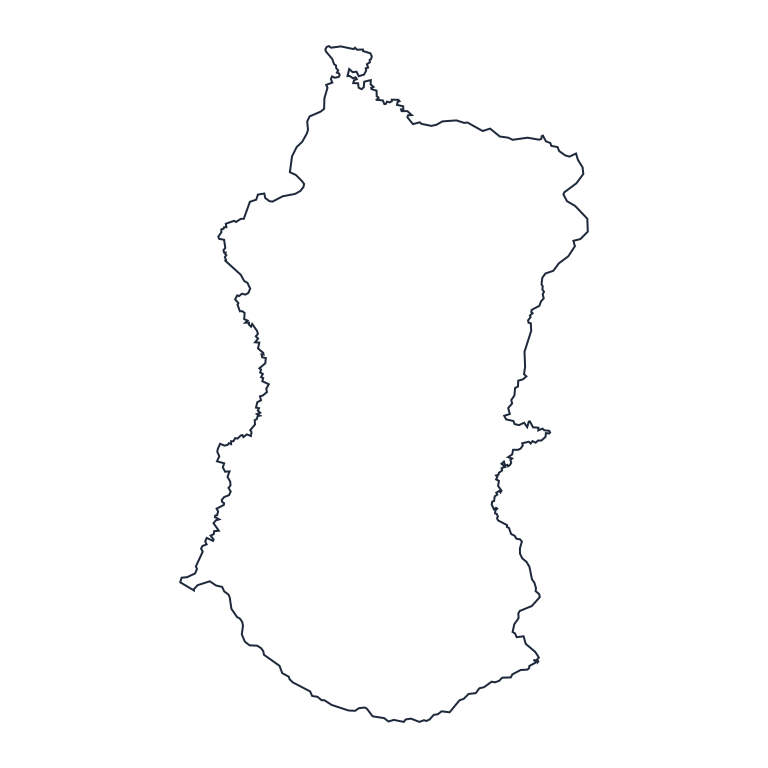 Ngada, Nusa Tenggara Timur, Indonesia
{"feature_id": "22746128B33181363193361", "entity_name": "Ngada", "entity_type": "district", "adm_level": 2, "iso_a3": "IDN", "parent_name": "Indonesia", "parent_adm1": "Nusa Tenggara Timur", "projection": "albers", "projection_center": [120.974, -8.65], "detail": "fine", "context": "isolated", "style": "outline", "palette": "slate", "viewbox_px": 768, "rotation_deg": 0, "n_neighbors": 0, "source": "geoboundaries", "source_scale": "gbopen_adm2", "svg_char_len": 6062}
<svg xmlns="http://www.w3.org/2000/svg" viewBox="0 0 768 768"><path d="M180.2,582.3L193.9,590.4L193.8,589.2L197.8,585.1L209.8,581.3L216.0,585.5L222.1,586.9L224.2,591.4L228.3,594.4L229.7,597.3L231.4,608.8L237.0,617.0L239.7,618.4L242.2,621.9L243.0,625.8L241.8,634.3L244.8,641.6L249.5,645.3L257.2,645.7L261.0,648.1L263.2,651.0L264.0,654.8L279.5,665.8L282.2,673.1L288.9,676.8L289.5,679.1L292.8,682.4L310.1,691.4L312.2,696.0L317.5,696.8L321.6,700.2L324.3,700.2L331.6,704.9L348.5,710.5L355.1,710.8L358.9,708.2L364.5,707.5L366.8,708.6L372.6,716.3L384.1,718.1L388.5,721.5L393.8,719.9L403.8,721.9L405.6,719.5L410.9,718.6L419.4,721.9L424.0,720.2L426.4,721.0L429.7,719.4L433.7,714.9L437.9,714.2L441.6,711.3L449.6,712.3L459.5,700.3L463.8,698.8L468.5,694.0L475.8,693.1L479.3,688.3L484.0,687.2L491.6,681.7L495.0,682.3L499.1,680.9L502.2,677.7L510.8,677.4L512.3,674.4L520.6,670.0L527.4,669.6L529.1,668.2L529.4,665.9L535.0,663.0L535.6,661.2L533.5,659.9L536.9,660.6L537.4,662.5L538.3,661.5L537.0,659.7L538.8,657.6L538.2,656.4L535.1,651.8L525.7,643.8L523.6,636.3L516.7,637.2L515.0,633.4L512.6,632.0L514.3,624.2L518.6,618.1L518.3,613.6L519.7,611.0L531.8,606.0L539.8,597.1L539.2,594.1L535.6,591.1L536.0,588.2L534.4,582.7L532.0,579.4L529.4,566.7L526.5,561.9L522.2,558.3L520.0,553.6L519.9,548.4L521.9,541.6L520.0,539.3L516.5,538.8L514.7,535.8L511.1,534.0L509.0,528.0L506.9,526.9L507.1,525.1L498.2,520.5L497.0,518.3L497.9,516.5L496.7,513.9L495.1,513.4L495.3,510.6L497.2,508.6L496.0,507.8L493.9,509.3L491.7,504.7L492.2,501.6L494.1,501.0L494.7,496.4L497.3,494.6L496.3,492.7L499.5,490.8L500.5,492.4L501.5,490.7L498.1,485.9L498.9,480.8L496.1,479.4L497.4,477.0L496.1,475.5L498.5,474.8L498.8,472.8L502.1,470.5L501.6,468.1L505.0,467.0L501.5,463.8L503.9,461.6L505.2,465.7L507.3,464.9L508.1,466.3L509.9,465.0L511.2,462.8L510.4,460.0L512.1,458.5L508.1,457.2L512.2,454.4L513.1,449.8L518.2,449.8L520.7,448.5L522.8,445.4L522.2,443.3L528.8,441.7L530.7,443.5L532.5,441.1L535.6,442.7L538.1,440.5L541.4,440.5L545.5,436.9L545.9,433.1L549.2,433.5L550.1,432.5L549.2,430.8L544.3,430.3L542.5,428.6L538.3,430.4L538.4,427.7L533.0,427.3L529.9,421.4L528.8,421.6L527.2,427.1L524.1,422.7L519.1,425.1L514.6,424.1L513.4,421.0L506.1,419.4L504.2,415.8L509.8,414.0L508.2,408.0L512.1,403.5L511.3,400.0L514.4,395.5L515.1,388.0L518.0,386.5L518.2,380.7L523.0,379.3L526.4,376.4L524.0,374.2L525.1,367.0L524.5,351.8L531.2,330.8L530.8,323.3L528.5,322.7L528.1,320.3L530.6,317.1L529.9,315.5L532.6,313.2L531.3,312.1L531.6,309.9L539.4,305.8L540.9,301.6L543.7,298.3L542.7,294.3L544.0,291.7L542.4,289.6L542.7,286.1L541.5,284.5L542.3,277.8L545.4,273.5L553.3,270.8L558.8,263.4L568.3,256.3L574.9,246.2L573.4,240.8L580.3,239.1L587.8,231.6L587.3,218.7L575.2,206.0L567.0,201.2L563.4,194.4L564.2,192.4L576.4,183.3L583.3,174.0L582.6,167.4L577.9,159.8L576.0,153.5L569.5,156.6L565.2,155.4L559.1,151.0L557.6,147.1L551.4,145.9L550.3,143.0L545.9,141.3L542.9,135.6L541.7,136.2L541.3,138.9L539.1,139.7L527.6,137.7L512.6,139.8L508.3,137.7L499.8,136.5L490.1,128.6L482.6,131.0L467.4,122.5L464.2,122.9L456.4,120.4L442.4,121.4L436.4,124.8L431.3,125.9L421.3,123.8L419.8,122.3L412.9,124.1L407.4,117.3L408.0,115.3L411.7,115.1L407.4,111.1L401.6,111.1L401.0,109.4L403.3,109.2L403.2,106.3L397.0,104.9L397.6,101.9L399.5,101.2L398.4,99.8L391.7,99.7L391.8,101.3L389.6,102.4L387.0,101.6L385.8,103.9L384.4,104.1L382.8,100.4L375.8,99.8L378.5,98.7L378.5,97.4L376.7,96.3L376.6,90.7L371.5,89.1L371.2,87.9L373.5,86.9L370.6,84.4L370.8,80.1L364.2,81.7L363.8,87.2L361.6,89.2L358.6,87.7L358.1,83.3L353.2,83.1L354.0,80.4L356.8,79.1L355.6,77.3L353.0,78.3L349.7,76.0L347.5,76.1L349.2,69.0L352.7,72.2L356.5,71.7L358.8,76.2L364.0,74.6L366.2,70.5L365.7,68.3L368.1,67.6L366.9,64.2L369.9,62.3L369.6,60.0L371.1,59.0L371.8,56.3L370.4,53.3L363.1,51.1L362.9,49.5L357.0,49.7L355.0,47.7L353.7,49.1L340.8,46.4L331.1,47.7L328.9,46.1L326.7,46.9L325.3,49.5L326.0,51.6L332.2,58.9L334.1,64.2L336.0,65.5L336.2,68.2L338.2,70.4L336.9,72.6L339.2,73.6L339.6,75.5L338.6,77.0L334.6,77.7L332.1,76.4L330.9,79.1L332.3,82.6L326.2,84.9L327.5,87.7L324.4,98.3L324.1,108.8L320.7,111.6L309.6,116.4L307.2,121.5L308.0,129.9L306.8,133.6L302.2,141.8L296.7,147.0L292.0,156.4L289.9,172.2L295.9,175.0L301.9,181.0L304.1,183.9L303.5,187.0L300.2,191.1L295.1,193.9L282.7,196.3L272.5,201.6L269.5,201.2L265.3,198.1L264.3,193.5L257.9,194.6L256.2,199.7L249.9,201.8L243.8,218.8L240.7,218.9L236.0,222.0L234.2,220.8L225.8,223.7L226.4,227.2L224.1,227.2L223.5,228.8L221.4,229.3L221.3,232.4L218.3,236.6L219.1,238.8L224.1,239.8L225.3,247.9L223.5,250.2L224.0,252.5L225.7,252.5L225.3,254.2L226.3,255.2L224.8,257.2L226.1,260.0L225.3,260.7L240.8,274.8L244.2,281.0L247.4,282.8L250.2,288.6L248.3,293.0L245.3,294.6L242.0,293.7L239.0,296.1L237.2,295.4L235.1,299.4L238.4,303.1L237.5,304.6L239.9,311.3L242.3,311.2L244.6,312.9L244.2,319.1L247.6,320.6L245.3,322.7L249.0,322.6L248.8,324.4L251.0,326.7L252.2,324.0L257.1,331.0L257.9,333.9L255.8,336.3L258.1,338.5L255.1,342.3L259.3,342.6L258.0,348.5L263.2,352.8L263.6,354.6L261.5,354.4L262.2,357.3L265.8,358.0L265.3,363.3L259.4,368.3L261.0,369.5L260.2,372.5L262.8,374.0L261.1,377.2L263.2,378.1L262.3,381.2L268.8,384.3L266.3,388.6L266.9,392.1L262.8,395.5L260.0,396.3L261.0,400.3L257.3,402.2L256.0,407.6L259.0,408.2L257.8,410.6L260.2,412.7L257.0,414.0L259.9,415.6L257.6,416.1L256.9,419.0L254.7,420.2L255.0,424.5L250.2,430.2L251.5,432.1L250.9,436.0L246.9,434.4L243.4,437.1L242.5,435.1L240.9,435.4L237.5,438.6L235.2,438.1L233.4,441.2L231.0,441.3L231.1,444.1L228.9,443.2L227.6,444.9L224.5,445.6L220.1,443.8L217.7,449.2L217.3,451.8L219.3,456.3L217.0,461.3L224.2,463.3L222.8,467.4L225.1,471.7L229.5,471.4L227.5,476.9L230.2,481.6L230.5,485.4L228.5,487.9L230.7,491.5L229.1,495.1L224.1,497.1L221.8,499.9L221.9,501.6L224.1,503.3L223.8,505.0L216.6,508.6L218.1,511.4L217.1,515.2L215.2,515.6L214.9,517.1L219.1,519.4L215.8,520.4L213.5,523.2L218.8,530.7L214.1,531.2L213.8,534.1L210.6,535.7L213.6,539.4L213.0,540.9L206.7,537.9L205.2,541.4L206.6,544.4L202.4,546.0L201.1,548.6L202.7,551.7L195.9,566.4L197.0,569.0L195.1,573.4L187.1,577.2L181.6,577.7L180.2,582.3Z" fill="none" stroke="#1e293b" stroke-width="2"/></svg>